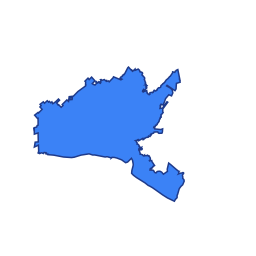 Carmen, Campeche, Mexico, rotated 220°
{"feature_id": "50627088B86783514296689", "entity_name": "Carmen", "entity_type": "district", "adm_level": 2, "iso_a3": "MEX", "parent_name": "Mexico", "parent_adm1": "Campeche", "projection": "equal_earth", "projection_center": [-91.727, 18.453], "detail": "fine", "context": "isolated", "style": "filled", "palette": "blue", "viewbox_px": 256, "rotation_deg": 220, "n_neighbors": 0, "source": "geoboundaries", "source_scale": "gbopen_adm2", "svg_char_len": 5946}
<svg xmlns="http://www.w3.org/2000/svg" viewBox="0 0 256 256"><g transform="rotate(220 128 128)"><path d="M207.8,77.8L203.4,77.1L203.1,77.6L198.7,72.4L199.2,71.5L198.6,70.0L200.0,68.0L200.1,67.3L199.0,66.3L199.0,66.8L195.8,63.1L193.7,66.4L187.8,59.7L190.0,57.5L187.5,53.2L185.6,57.3L181.5,52.8L180.9,51.3L180.5,51.6L180.5,51.2L179.2,51.6L178.5,53.2L178.1,53.5L176.4,54.1L176.6,54.7L176.6,55.2L176.2,55.6L175.6,55.7L175.1,56.4L174.3,56.4L174.2,55.6L173.6,56.0L172.9,55.9L172.3,56.5L172.1,56.2L167.4,59.5L158.8,64.3L152.2,69.1L150.4,71.1L146.6,77.0L141.2,83.2L137.7,84.6L136.1,86.0L127.4,90.8L126.3,91.6L126.1,92.1L125.2,92.8L121.6,94.3L121.4,94.5L121.3,95.2L121.4,94.7L121.5,95.0L121.2,95.4L119.5,96.7L117.3,97.8L112.5,99.5L107.5,99.9L106.4,101.7L105.9,107.0L103.7,106.1L100.7,103.6L99.9,102.5L97.8,98.1L96.1,95.6L93.5,95.3L89.6,95.5L79.7,96.9L75.4,97.0L74.8,97.3L71.0,98.0L57.8,99.1L52.8,99.8L45.4,101.7L45.8,103.9L45.6,105.6L45.7,106.3L47.1,108.0L47.4,109.2L49.6,114.1L49.8,115.2L49.9,117.4L49.6,119.7L50.8,123.4L52.0,124.4L53.7,124.6L54.6,125.8L55.6,126.4L56.2,127.4L56.1,128.8L56.7,129.4L57.3,129.2L58.0,127.9L58.9,127.0L59.8,125.3L59.9,126.0L61.0,126.9L61.0,127.6L61.3,127.4L64.4,127.3L71.5,127.4L74.3,127.3L71.5,121.7L69.9,120.1L71.2,115.4L73.8,115.8L75.5,115.5L76.3,115.0L77.4,113.8L77.7,113.3L77.6,111.8L78.3,111.2L79.4,111.2L80.9,111.8L81.6,111.8L84.1,109.9L84.7,110.9L84.8,111.3L84.4,112.1L83.8,112.1L84.1,112.9L84.1,113.2L83.9,113.1L83.8,113.5L84.1,115.0L83.9,115.1L83.5,116.3L88.2,117.7L88.9,118.3L89.5,117.6L90.3,117.6L90.4,116.7L90.7,116.8L90.5,117.8L90.8,118.6L92.3,119.7L93.6,119.8L93.8,120.2L94.1,120.1L94.1,120.4L94.4,119.7L95.5,119.8L95.7,118.9L96.5,118.6L97.2,117.5L97.7,117.6L97.8,117.3L98.0,117.6L98.1,117.1L98.9,116.5L99.7,116.8L101.4,116.1L101.8,115.7L102.4,116.4L105.1,118.1L105.6,118.0L105.8,118.2L105.9,118.8L106.3,118.9L106.3,120.1L106.5,120.7L106.3,121.0L105.6,121.1L105.4,121.2L105.6,121.0L105.2,120.5L105.3,120.1L104.9,119.6L104.4,119.3L103.6,120.1L103.5,120.6L103.7,121.2L105.1,121.6L105.2,121.9L105.5,121.2L106.2,121.1L106.4,121.0L107.3,121.3L107.7,121.0L108.3,121.7L109.3,122.0L110.3,121.9L110.6,121.5L111.5,122.5L112.1,122.5L112.2,122.8L112.5,122.7L113.5,123.3L114.1,123.2L113.9,123.5L113.5,123.6L113.3,124.4L112.8,124.8L113.0,125.4L112.6,125.9L112.4,125.9L112.6,125.7L112.3,125.6L112.1,124.9L111.7,124.9L110.1,129.3L109.5,129.1L109.0,128.7L108.6,129.2L108.9,130.2L108.6,130.1L108.0,132.4L106.6,133.9L106.5,134.3L106.8,134.9L107.7,134.8L105.7,135.7L106.0,137.1L106.4,137.3L106.2,137.5L106.3,137.8L105.8,137.6L106.0,139.3L105.1,140.5L105.4,141.6L103.0,143.9L102.5,143.9L102.1,144.1L101.6,143.7L100.9,143.8L98.7,145.8L98.8,146.3L99.1,147.1L100.9,149.6L101.9,147.9L106.9,144.5L107.9,145.4L108.5,145.4L108.4,145.2L108.6,144.9L108.8,145.2L108.8,146.0L108.1,146.4L108.3,147.3L108.6,147.8L108.1,148.2L108.0,148.9L108.0,149.7L108.4,150.2L108.3,152.0L108.6,152.8L108.5,153.2L109.2,154.3L109.2,155.0L109.6,155.6L109.4,156.0L110.0,156.6L110.0,156.9L109.6,157.4L109.8,157.5L110.0,158.0L110.3,158.0L110.3,158.6L111.1,159.1L111.3,159.6L110.9,161.0L111.1,162.0L111.0,162.4L111.8,162.8L113.6,164.9L114.1,173.3L115.0,173.2L114.7,168.4L114.3,165.5L116.1,163.5L117.3,166.1L117.7,165.8L117.9,166.2L118.0,167.5L116.0,168.1L116.8,171.3L118.1,174.6L118.1,175.3L118.1,179.7L115.3,180.6L116.2,183.7L118.7,185.6L121.3,185.8L125.5,185.0L125.5,185.8L116.0,186.8L116.3,188.8L119.6,193.3L117.5,196.6L118.8,197.8L118.8,198.1L120.1,198.5L120.0,198.9L127.4,204.8L128.0,203.5L127.8,203.4L128.3,201.8L128.1,201.6L127.9,200.7L129.9,199.7L129.3,198.8L129.0,195.7L128.8,194.9L129.1,194.4L129.2,193.7L129.1,193.2L129.2,191.2L129.6,189.5L129.4,187.7L129.5,187.5L129.3,187.1L129.3,185.8L129.6,185.3L129.5,184.9L129.8,184.3L129.7,183.3L130.0,182.1L129.9,181.3L129.3,180.6L129.3,180.0L129.7,179.1L130.3,178.7L130.5,178.2L130.6,176.9L130.5,176.4L130.2,176.2L130.3,175.9L130.2,175.9L130.3,175.0L130.9,173.8L131.4,173.7L131.9,173.9L132.2,173.7L132.0,172.2L131.7,171.8L131.7,171.5L132.0,170.8L132.4,170.9L133.9,169.2L132.9,167.8L133.2,167.1L133.9,167.3L134.5,166.9L135.6,167.3L135.9,167.1L137.7,168.7L138.7,166.9L139.1,166.8L139.1,166.4L139.4,166.1L139.5,165.5L139.8,165.7L140.1,165.6L140.1,165.4L140.4,165.4L140.8,166.2L140.6,166.7L140.9,167.4L140.9,167.6L139.6,167.5L139.4,170.8L140.5,170.8L140.6,171.2L140.8,171.3L140.6,171.7L140.9,171.8L140.7,172.1L140.9,172.4L140.7,172.4L140.7,172.6L140.9,172.5L141.6,172.8L142.2,172.4L142.1,172.6L142.5,172.6L142.6,173.1L143.3,173.1L143.5,173.7L144.0,174.3L144.5,174.3L146.1,175.5L146.6,175.5L147.2,176.9L147.7,177.2L148.6,177.4L149.3,177.3L149.8,177.6L151.1,177.5L151.7,178.1L151.7,178.7L152.0,179.3L152.5,179.6L153.1,179.6L153.5,179.2L154.2,179.3L154.5,178.9L155.0,178.7L156.2,179.6L158.1,179.7L159.6,176.8L160.5,177.7L160.9,174.4L162.1,174.5L162.1,174.8L162.5,174.9L162.6,174.4L166.8,175.0L166.9,174.0L165.4,167.4L165.6,166.9L165.3,166.4L165.7,166.0L165.8,165.5L165.7,164.9L165.9,164.8L165.6,164.4L165.6,163.8L165.9,163.6L165.8,163.2L166.3,162.3L166.1,161.1L164.0,161.5L164.4,160.3L172.0,157.9L171.7,156.8L172.1,151.3L173.2,151.5L174.4,150.0L175.0,150.6L175.5,149.8L177.3,149.9L178.6,147.7L179.7,147.9L180.1,147.4L179.0,147.1L179.1,145.7L178.2,145.6L177.9,144.5L179.5,144.1L179.6,144.5L180.1,144.6L180.3,143.0L182.1,143.2L182.2,142.5L180.8,142.3L180.9,139.7L182.6,139.1L183.9,139.0L183.7,142.9L188.6,143.6L188.9,140.1L190.7,140.5L191.1,136.2L190.1,136.1L187.9,133.3L187.8,133.5L187.5,133.0L189.8,123.8L190.3,117.3L190.9,116.6L189.1,113.9L191.0,112.0L191.9,113.3L190.9,114.4L191.7,115.8L193.2,114.2L190.7,110.2L192.1,110.3L192.2,110.1L192.9,110.2L193.5,103.7L192.2,103.4L192.5,100.9L196.1,101.3L196.2,100.7L198.7,101.3L198.3,105.3L199.9,105.5L200.3,101.7L201.0,99.0L201.3,98.9L201.0,98.9L201.2,98.3L203.1,99.1L203.3,97.7L205.4,97.8L205.5,96.8L207.4,97.0L207.9,93.3L209.7,93.6L210.6,89.6L208.9,89.3L209.0,87.5L205.8,87.1L206.2,82.0L206.9,82.1L207.8,77.8Z" fill="#3b82f6" stroke="#1e3a8a" stroke-width="1.5"/></g></svg>